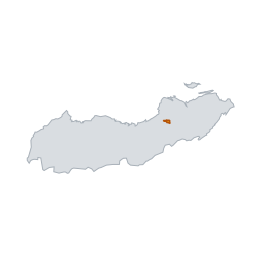 location of Säter, Dalarna, Sweden, rotated 241°
{"feature_id": "70781695B35872572180279", "entity_name": "Säter", "entity_type": "district", "adm_level": 2, "iso_a3": "SWE", "parent_name": "Sweden", "parent_adm1": "Dalarna", "projection": "mercator", "projection_center": [15.721, 60.435], "detail": "fine", "context": "in_parent", "style": "filled", "palette": "amber", "viewbox_px": 256, "rotation_deg": 241, "n_neighbors": 0, "source": "geoboundaries", "source_scale": "gbopen_adm2", "svg_char_len": 4289}
<svg xmlns="http://www.w3.org/2000/svg" viewBox="0 0 256 256"><g transform="rotate(241 128 128)"><path d="M84.6,184.5L85.1,186.2L86.3,186.0L86.8,184.8L87.4,181.1L86.6,177.0L87.7,175.5L88.3,173.2L90.0,172.6L92.2,169.9L92.4,167.1L92.9,165.1L91.0,158.8L90.9,157.2L93.7,156.4L94.9,152.2L93.0,149.5L89.9,146.8L90.9,138.5L89.6,133.9L89.8,132.0L89.6,129.0L90.3,127.7L88.8,123.2L90.3,120.1L90.0,118.5L94.3,112.2L97.2,111.0L102.4,112.0L103.7,109.4L103.7,108.0L103.2,104.8L100.3,102.9L103.5,97.0L106.0,91.1L106.5,85.3L107.1,82.9L106.5,77.1L109.9,76.5L113.0,74.1L112.5,70.9L119.3,61.0L119.6,59.2L119.1,57.5L117.4,54.3L117.9,52.9L119.7,52.1L120.6,50.7L122.0,45.8L125.7,41.9L129.8,44.5L131.6,40.1L131.5,34.0L133.0,33.3L144.1,37.2L145.9,34.9L144.1,33.7L145.9,31.2L146.5,29.7L146.7,27.8L146.6,26.9L145.1,24.5L148.6,24.2L150.5,25.3L150.7,26.7L158.1,34.1L164.1,37.0L165.8,39.1L166.3,41.3L167.3,41.4L168.4,43.5L169.5,44.7L168.6,46.1L168.6,49.4L168.8,50.9L168.2,53.7L170.2,54.4L170.5,56.1L169.4,57.8L169.5,59.7L171.9,65.3L171.3,67.1L171.1,69.4L169.9,71.1L169.8,72.8L169.9,75.0L170.3,76.1L171.4,76.8L173.1,82.7L171.3,83.1L169.9,82.3L166.6,83.0L165.8,83.8L163.3,81.5L161.9,82.8L160.9,81.7L160.1,83.6L159.9,86.2L158.7,85.9L159.2,86.9L157.6,87.3L157.5,87.7L157.8,88.3L157.3,89.1L155.1,89.3L154.8,90.2L155.5,91.1L155.4,91.8L154.1,90.8L155.0,92.7L155.2,94.0L152.2,99.2L153.2,100.6L153.9,103.5L154.8,104.8L154.4,106.1L151.3,109.4L149.6,114.3L145.7,117.5L143.7,118.3L142.4,120.6L140.8,119.9L140.8,121.2L139.8,120.4L139.0,122.4L137.6,124.1L136.1,123.8L135.9,124.1L136.4,124.6L134.6,125.0L134.1,126.8L132.8,127.2L132.6,127.8L133.9,127.9L133.6,129.3L132.1,130.0L131.6,130.9L130.9,130.9L131.1,130.2L130.1,130.3L129.8,129.4L129.6,129.7L130.2,132.0L129.7,132.9L130.7,133.8L128.0,136.0L126.3,135.2L126.1,135.9L126.5,137.8L127.9,139.3L127.0,140.3L126.1,144.7L126.7,147.4L124.8,146.8L125.0,147.8L124.4,149.0L124.6,150.7L124.4,151.8L124.9,152.8L124.6,153.3L124.9,158.0L125.4,160.0L125.2,161.5L126.0,162.4L127.6,162.6L128.1,163.9L130.1,163.1L131.5,165.7L134.3,167.8L134.1,169.2L135.9,170.3L136.9,172.2L137.3,173.7L137.1,174.7L134.4,177.3L132.3,179.1L130.2,180.2L130.3,180.6L131.3,180.7L133.9,179.5L134.7,180.6L133.3,181.1L133.0,182.6L132.4,183.5L126.7,186.9L125.9,188.0L123.3,189.6L118.7,189.5L118.0,189.9L122.0,190.6L123.0,191.8L121.1,192.6L121.9,195.5L121.4,196.2L121.4,199.4L120.7,199.4L120.4,200.7L120.7,203.9L121.1,204.8L120.9,205.7L119.9,207.8L120.2,210.3L119.0,214.9L117.6,217.5L116.5,221.0L115.3,222.2L114.0,221.4L111.9,221.9L108.1,221.7L107.6,222.1L107.9,223.3L106.6,223.2L104.2,225.8L104.1,227.1L105.1,229.6L103.9,231.2L101.3,230.8L98.0,231.8L95.0,231.0L95.3,230.1L95.6,226.9L92.1,220.1L93.7,220.8L94.4,220.5L93.4,218.3L94.8,218.1L95.2,217.3L94.9,216.0L93.8,215.5L92.8,213.4L91.7,212.4L89.9,208.3L89.2,205.5L88.6,205.7L88.0,202.5L87.0,202.0L86.8,198.6L85.7,198.3L85.0,196.7L84.9,193.8L83.6,193.4L83.8,192.0L83.3,186.8L82.9,185.2L83.2,184.0L83.9,183.8L84.6,184.5ZM137.9,200.4L137.3,200.7L137.0,201.7L136.1,202.1L135.9,205.0L136.7,206.1L135.9,206.6L135.3,208.1L133.7,209.1L133.1,210.1L132.8,211.5L131.4,212.2L132.4,210.1L131.1,207.7L131.5,206.9L131.4,204.1L134.1,200.5L135.4,200.1L136.0,200.5L136.2,199.6L136.7,199.4L137.9,200.4ZM120.2,220.1L119.5,220.7L119.3,219.9L119.4,216.6L120.9,212.8L121.6,212.4L123.5,207.1L123.7,206.8L124.3,207.1L123.8,207.6L123.9,208.5L122.7,211.4L122.4,213.2L121.9,213.7L120.2,220.1ZM138.4,199.3L138.3,200.1L137.6,199.4L138.3,198.5L139.6,198.8L138.4,199.3ZM135.3,177.8L134.4,179.1L134.2,178.5L134.4,177.9L135.3,177.8ZM133.3,184.6L132.8,184.7L133.2,183.8L133.8,183.6L133.3,184.6Z" fill="#d9dde1" stroke="#a8b0b8" stroke-width="1"/><path d="M114.3,168.0L114.6,167.8L114.9,167.7L115.1,167.3L115.2,166.8L115.4,166.4L115.6,166.2L115.9,166.1L116.2,165.8L116.3,165.4L116.1,165.2L116.2,164.9L116.3,164.8L116.4,164.2L116.5,164.0L117.0,163.4L117.3,162.8L117.6,162.5L117.3,162.6L116.9,162.7L116.4,163.0L116.1,163.4L116.0,163.7L115.7,164.0L115.3,164.5L114.9,164.7L114.5,164.7L114.5,164.8L114.3,164.9L113.9,164.9L113.7,164.9L113.6,165.3L113.6,165.5L113.3,165.8L113.1,165.9L112.8,166.1L112.6,166.2L112.4,166.3L112.2,166.6L112.0,166.8L111.4,167.0L111.5,167.0L111.9,167.1L112.4,167.2L113.1,167.3L113.3,167.5L113.5,167.6L114.0,167.9L114.3,168.0Z" fill="#f59e0b" stroke="#b45309" stroke-width="1.5"/></g></svg>